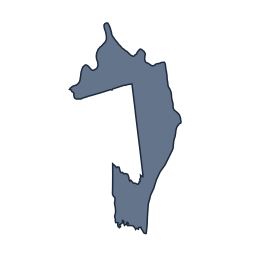 outline of Foz do Iguaçu, Paraná, Brazil, rotated 173°
{"feature_id": "56859067B63290422041156", "entity_name": "Foz do Iguaçu", "entity_type": "district", "adm_level": 2, "iso_a3": "BRA", "parent_name": "Brazil", "parent_adm1": "Paraná", "projection": "equal_earth", "projection_center": [-54.465, -25.455], "detail": "fine", "context": "isolated", "style": "filled", "palette": "slate", "viewbox_px": 256, "rotation_deg": 173, "n_neighbors": 0, "source": "geoboundaries", "source_scale": "gbopen_adm2", "svg_char_len": 3596}
<svg xmlns="http://www.w3.org/2000/svg" viewBox="0 0 256 256"><g transform="rotate(173 128 128)"><path d="M149.9,31.5L148.7,30.1L147.4,31.0L148.0,33.1L146.6,33.6L145.2,34.5L144.7,36.9L143.7,36.2L143.9,34.2L143.4,31.8L142.4,32.5L141.4,32.2L140.4,34.5L139.3,33.5L140.1,31.1L137.5,30.9L135.0,30.4L133.1,27.7L132.9,26.4L131.7,27.3L130.0,26.3L129.7,27.9L128.5,27.7L127.4,27.9L126.9,26.0L125.6,23.4L125.1,22.0L123.8,21.2L122.8,21.1L121.4,27.1L120.9,29.2L119.5,37.8L118.3,44.0L117.1,50.2L115.4,54.2L113.7,58.7L109.8,64.9L109.4,66.0L105.8,73.8L101.3,80.8L99.6,82.7L96.1,86.4L94.0,89.5L90.7,94.5L86.9,100.3L85.7,102.5L85.1,105.5L84.7,107.2L84.2,109.3L83.8,110.5L83.3,111.8L82.7,113.0L82.2,114.3L81.8,115.7L81.4,117.0L81.0,118.7L80.4,120.8L79.8,122.1L79.3,123.2L78.2,124.3L77.0,125.6L75.9,126.2L74.9,126.6L74.6,128.1L74.7,130.2L74.8,132.2L75.4,134.6L76.3,136.2L77.3,137.3L78.6,138.8L79.5,139.7L80.3,140.8L80.7,142.4L80.6,144.1L80.4,146.3L80.6,148.8L80.9,150.4L81.0,152.6L80.9,155.2L80.8,157.1L81.0,158.8L81.4,160.5L81.9,161.9L82.5,163.1L83.0,164.4L83.1,166.0L83.0,167.4L83.1,169.4L83.1,170.8L83.2,172.4L83.0,174.0L82.9,175.6L83.0,177.4L83.0,179.4L83.2,181.3L83.2,182.9L83.2,184.9L83.3,187.3L83.8,188.8L85.0,188.9L86.3,189.0L87.5,188.8L88.9,188.3L90.6,188.3L91.8,188.2L93.1,187.8L93.9,187.2L95.1,186.7L96.6,186.8L97.9,187.8L99.1,188.9L100.3,189.9L101.5,190.5L102.7,191.6L103.1,194.3L102.7,196.4L102.3,197.6L101.8,199.3L102.4,201.3L103.2,202.4L105.0,204.3L106.3,204.9L107.4,204.1L108.6,203.1L109.7,201.9L110.5,200.4L112.2,199.7L113.2,198.6L114.3,198.6L115.7,199.5L116.6,200.2L117.6,201.4L118.8,202.9L119.7,204.1L120.7,204.7L121.9,205.9L122.9,207.0L124.0,207.9L124.7,208.9L125.5,210.3L126.9,211.9L127.8,213.6L128.7,215.0L129.3,216.0L130.4,217.6L131.2,219.2L131.7,220.2L132.3,221.4L132.7,222.9L132.8,224.2L132.8,225.4L133.1,226.6L133.3,228.3L133.6,229.8L133.9,231.1L134.4,232.4L134.8,233.6L135.3,234.6L136.7,234.9L138.3,234.3L139.3,233.1L139.4,231.7L139.3,229.7L138.7,227.2L138.5,225.6L138.3,223.0L138.3,221.7L138.4,220.3L138.7,218.6L139.5,217.0L140.7,215.6L142.0,214.6L143.1,213.6L144.5,212.4L146.0,211.6L146.8,210.7L148.1,209.7L148.8,208.2L149.7,206.8L150.4,204.6L150.7,203.3L150.8,201.5L150.7,200.0L150.4,198.7L150.1,197.2L150.0,195.3L150.2,193.7L151.1,191.7L152.4,190.6L153.8,190.1L155.2,189.5L156.5,189.7L157.4,190.6L158.5,192.2L159.2,193.3L160.3,194.6L161.4,195.5L162.6,195.8L163.6,195.3L165.1,194.3L166.1,192.8L166.9,191.0L167.7,189.3L168.2,187.5L168.6,185.7L169.2,183.5L169.8,181.5L170.5,179.8L171.4,178.8L172.5,177.9L173.9,177.0L175.4,176.7L178.0,176.1L179.1,175.4L180.5,174.4L181.4,173.4L180.1,173.0L179.2,170.9L178.1,170.1L177.4,168.6L177.8,167.4L177.6,164.7L176.9,163.8L175.5,163.0L173.1,162.8L171.1,162.5L169.9,163.1L164.3,164.1L163.3,164.5L162.0,164.5L157.9,165.2L156.6,165.3L155.7,165.6L152.6,166.0L140.7,168.2L139.3,167.6L138.5,168.6L134.5,169.4L126.5,170.9L125.4,170.7L122.7,171.2L118.7,171.2L118.7,151.2L118.7,145.5L118.8,142.6L118.8,139.7L118.8,133.5L118.8,128.5L118.8,115.2L118.8,109.1L118.8,102.8L118.9,80.6L119.2,77.9L120.3,78.6L121.3,79.6L121.4,77.2L122.6,75.6L122.4,73.7L123.5,73.1L124.0,71.7L125.1,70.8L127.6,72.3L129.3,72.6L130.6,74.3L131.6,75.9L132.7,75.1L133.3,76.6L133.1,78.3L133.7,81.5L134.6,82.5L136.3,83.1L138.0,83.2L138.8,84.6L140.5,84.6L141.1,86.2L141.6,90.1L142.9,90.7L144.2,90.0L145.1,91.5L147.6,94.4L148.9,83.2L150.9,68.1L151.3,65.8L151.4,64.0L150.9,62.4L150.2,61.3L149.4,60.4L149.8,57.7L150.6,55.0L150.3,50.7L150.4,47.1L151.0,44.5L152.1,42.1L151.7,39.0L151.9,37.4L151.8,35.6L149.5,35.2L150.0,33.4L149.9,31.5Z" fill="#64748b" stroke="#1e293b" stroke-width="1.5"/></g></svg>